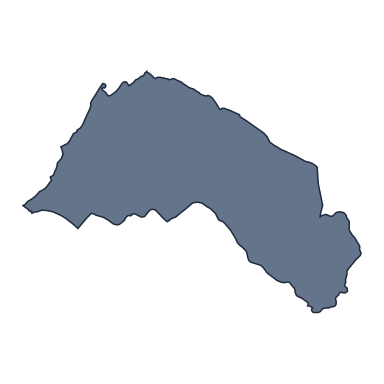 Goruia, Caras-Severin, Romania (Robinson projection)
{"feature_id": "2599482B80624695322147", "entity_name": "Goruia", "entity_type": "district", "adm_level": 2, "iso_a3": "ROU", "parent_name": "Romania", "parent_adm1": "Caras-Severin", "projection": "robinson", "projection_center": [21.781, 45.174], "detail": "fine", "context": "isolated", "style": "filled", "palette": "slate", "viewbox_px": 384, "rotation_deg": 0, "n_neighbors": 0, "source": "geoboundaries", "source_scale": "gbopen_adm2", "svg_char_len": 5050}
<svg xmlns="http://www.w3.org/2000/svg" viewBox="0 0 384 384"><path d="M345.5,279.8L346.9,274.9L347.0,271.1L348.8,268.3L355.8,259.9L360.1,255.7L361.0,253.9L360.7,251.9L359.9,250.6L359.7,249.9L359.7,249.2L359.6,248.5L359.7,247.8L359.8,247.1L359.6,245.9L354.8,237.9L354.4,237.3L353.9,236.7L353.3,236.2L352.7,235.7L349.2,230.1L349.2,221.3L346.6,217.6L346.3,215.5L344.3,213.1L343.7,212.8L343.1,212.5L342.4,212.3L341.7,212.1L341.1,212.0L340.4,211.9L339.7,211.9L339.0,211.9L336.4,212.4L332.6,216.1L329.9,216.2L328.9,215.6L327.9,215.1L326.8,214.7L325.6,214.4L324.2,214.8L322.7,215.3L321.4,215.9L320.1,216.6L320.5,213.9L321.1,211.2L321.8,208.3L322.7,205.6L318.2,183.5L317.2,167.2L316.1,166.1L314.8,165.1L313.4,164.1L312.3,163.5L310.7,162.8L309.0,162.2L307.3,161.8L305.6,161.5L294.7,155.5L281.4,149.6L273.5,144.9L269.9,142.2L266.9,136.4L263.8,133.1L246.0,120.5L239.9,116.6L239.6,114.8L228.5,109.8L226.8,109.4L226.1,109.0L225.3,108.7L224.6,108.4L223.6,108.3L222.1,108.3L221.7,108.6L221.4,109.0L220.9,109.5L220.3,109.5L220.1,109.2L219.1,108.4L218.7,107.5L218.5,107.3L216.2,103.5L212.4,98.1L211.3,97.2L209.8,96.1L207.9,95.4L206.2,96.1L205.3,95.8L202.8,95.2L200.0,93.7L199.3,92.7L197.2,91.7L194.6,89.7L193.9,89.2L192.7,88.7L190.7,88.2L189.0,87.5L183.7,84.0L182.4,83.0L181.1,81.9L177.3,80.4L174.2,78.7L172.9,78.6L171.2,79.2L169.5,79.8L168.8,79.5L168.0,78.9L165.2,78.5L164.8,78.3L164.5,78.2L163.5,77.8L161.9,78.0L160.6,77.3L159.7,77.3L158.7,77.3L157.1,77.5L156.2,78.0L155.4,78.5L153.9,77.9L153.2,77.0L151.6,75.4L149.4,73.4L148.7,73.1L147.7,72.7L147.1,72.2L146.8,71.9L146.8,71.4L144.7,73.2L144.2,74.4L143.8,75.4L142.6,76.1L141.2,76.4L139.9,77.3L138.8,78.4L137.0,79.5L136.1,79.5L135.4,80.2L134.3,81.3L133.1,83.0L131.7,83.8L130.7,84.7L129.9,84.9L129.0,85.7L128.4,85.1L127.9,84.2L127.0,82.8L125.9,81.8L123.6,82.0L122.0,83.4L120.6,85.6L119.1,87.8L117.5,89.8L115.7,91.8L110.8,95.4L108.2,95.9L105.7,92.5L102.1,89.6L101.8,88.4L102.5,88.1L103.2,87.9L104.0,87.9L104.7,88.0L105.2,87.5L105.5,87.0L105.7,86.4L105.8,85.8L105.3,84.4L102.8,83.4L99.9,87.6L91.3,101.5L90.6,103.3L90.7,105.9L89.7,109.2L87.9,113.0L86.1,116.9L84.3,120.8L82.7,124.7L80.3,128.1L77.0,130.1L77.3,131.6L73.5,133.6L69.5,141.0L67.1,143.7L60.9,146.8L61.6,148.6L62.2,150.5L62.6,152.4L63.0,154.3L61.4,158.4L57.3,163.2L57.2,164.4L57.0,165.6L56.8,166.8L56.4,168.0L56.0,169.2L55.0,171.0L54.2,173.0L53.4,175.2L52.5,175.7L51.7,176.3L50.5,176.7L50.2,177.5L50.8,178.3L50.9,179.0L51.4,179.7L51.6,180.0L49.1,183.4L46.8,186.6L45.6,188.0L43.5,189.5L41.8,190.5L39.3,191.7L37.8,193.7L36.1,195.5L35.2,196.3L34.3,197.1L31.5,199.2L28.2,201.1L26.6,202.6L25.5,204.0L24.3,204.9L23.0,205.6L25.5,207.5L28.5,209.6L28.9,210.8L29.9,210.8L30.8,211.1L30.9,211.9L31.6,212.0L31.7,212.5L32.0,213.3L33.7,212.4L35.6,211.9L37.5,211.8L39.2,211.1L40.3,210.7L41.8,210.2L46.6,210.5L52.8,211.8L60.7,215.3L65.9,218.5L69.0,220.9L72.1,223.3L75.0,225.8L77.9,228.5L86.6,218.2L91.3,213.4L92.6,213.6L93.8,214.0L94.9,214.5L96.0,215.2L103.2,217.3L105.8,218.7L108.3,220.2L110.6,221.9L112.9,223.7L113.9,224.1L115.0,224.4L116.0,224.7L117.1,224.8L119.2,224.5L122.0,222.4L124.5,220.2L124.8,219.5L125.1,218.9L125.5,218.2L125.9,217.6L126.4,217.0L126.9,216.5L127.5,216.0L128.1,215.5L130.6,215.8L131.8,215.1L132.0,213.8L135.4,214.1L140.7,216.9L141.4,217.0L142.2,217.0L142.9,217.0L143.6,216.8L144.6,216.5L148.4,211.7L149.9,210.4L150.3,209.9L150.9,209.6L151.5,209.4L152.1,209.3L153.1,209.4L153.9,209.5L154.7,209.8L155.4,210.1L156.0,210.6L159.6,214.3L161.3,216.2L163.0,218.0L165.0,219.9L167.1,221.7L168.3,221.1L169.4,220.3L170.4,219.6L171.3,218.7L176.0,216.9L179.8,213.5L182.7,211.3L185.6,209.0L188.4,206.6L191.1,204.2L192.8,202.9L197.5,202.1L202.2,203.2L204.0,204.6L206.0,206.0L208.0,207.3L210.2,208.4L215.6,213.6L216.3,215.2L217.1,216.8L217.9,218.3L218.8,219.9L219.0,220.2L223.5,222.0L230.5,230.1L235.5,238.4L237.4,242.7L239.9,245.4L241.8,246.8L243.6,248.5L244.3,249.2L246.4,251.5L246.8,252.9L247.2,254.4L247.5,255.8L247.7,257.3L248.9,260.6L250.9,262.3L253.1,262.9L260.7,265.3L263.0,267.3L267.3,273.1L277.2,280.6L281.6,282.3L283.5,282.6L285.4,282.6L285.9,282.4L286.6,282.2L287.2,282.1L287.8,282.0L289.4,282.4L290.0,282.9L290.5,283.5L290.9,284.2L291.3,284.9L294.2,288.2L294.9,289.4L295.1,292.1L296.4,295.4L298.1,296.6L301.6,298.1L307.0,301.9L308.0,303.1L308.1,303.4L308.1,304.0L308.0,304.7L307.9,305.3L307.6,305.9L308.8,306.0L309.4,306.0L310.0,306.2L310.3,306.4L312.3,307.6L312.6,307.9L311.9,308.7L311.6,309.4L311.6,310.3L312.0,311.2L312.9,312.2L314.5,312.6L315.8,312.6L318.8,312.3L320.0,311.7L320.5,311.4L321.3,310.3L321.9,309.6L322.9,308.8L323.5,308.4L325.1,308.1L326.5,308.0L328.4,307.9L329.6,307.7L330.0,307.4L330.8,306.9L331.3,307.0L331.9,306.9L333.4,306.7L335.4,305.6L336.2,304.0L336.1,301.0L335.9,300.4L335.7,299.7L335.6,299.0L335.5,298.4L336.1,297.2L338.7,294.9L339.0,294.0L339.5,293.2L339.9,292.8L340.3,292.3L340.5,292.3L341.2,292.3L342.0,292.4L342.7,292.6L343.3,292.9L345.3,292.9L347.5,291.3L347.1,288.1L344.7,286.1L344.6,284.8L345.0,284.3L345.3,283.7L345.5,283.0L345.7,282.4L345.7,281.5L345.5,279.8Z" fill="#64748b" stroke="#1e293b" stroke-width="1.5"/></svg>